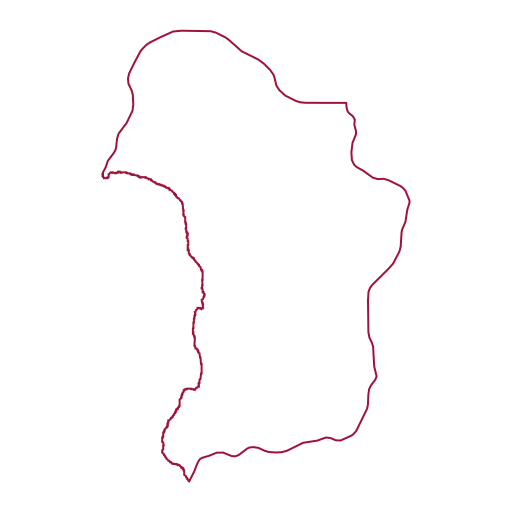 the district of Las Charcas, Azua, Dominican Republic
{"feature_id": "3306468B70810914734022", "entity_name": "Las Charcas", "entity_type": "district", "adm_level": 2, "iso_a3": "DOM", "parent_name": "Dominican Republic", "parent_adm1": "Azua", "projection": "orthographic", "projection_center": [-70.568, 18.379], "detail": "fine", "context": "isolated", "style": "outline", "palette": "rose", "viewbox_px": 512, "rotation_deg": 0, "n_neighbors": 0, "source": "geoboundaries", "source_scale": "gbopen_adm2", "svg_char_len": 6089}
<svg xmlns="http://www.w3.org/2000/svg" viewBox="0 0 512 512"><path d="M103.0,172.3L103.0,173.9L102.5,173.9L102.5,176.0L103.0,176.0L103.0,177.1L104.0,177.6L104.0,178.2L107.1,178.2L107.1,177.7L108.1,177.7L108.1,177.1L108.6,177.1L108.6,174.4L109.1,174.4L110.1,172.8L111.1,172.8L111.1,172.3L112.7,172.3L112.7,172.8L115.2,172.8L115.2,173.3L115.7,173.3L115.7,172.8L117.8,172.8L117.8,171.7L119.8,171.7L119.8,172.3L120.9,172.3L120.9,172.8L121.4,172.8L121.4,172.3L126.0,172.3L126.0,172.8L127.0,172.8L127.0,173.3L130.0,173.4L130.0,173.9L131.1,173.9L131.1,174.4L132.1,174.4L132.1,175.0L133.1,175.0L133.1,174.4L133.6,174.4L133.6,175.0L137.7,175.5L137.7,176.0L138.7,176.0L138.7,176.6L139.2,176.6L139.2,177.1L140.3,177.1L140.3,177.7L140.8,177.7L140.8,177.1L145.4,177.1L145.4,177.7L146.4,177.7L146.4,178.2L148.9,178.7L148.9,179.3L151.0,179.3L151.0,180.4L152.0,180.4L152.5,181.4L154.6,182.0L154.6,182.5L155.6,182.5L156.1,183.6L157.1,183.6L157.1,184.1L159.2,184.1L159.2,184.7L160.7,184.7L160.7,185.2L162.2,185.2L162.2,185.7L163.8,185.7L163.8,186.3L164.8,186.3L164.8,186.8L165.8,186.8L166.3,187.9L168.4,187.9L168.4,188.4L169.4,188.4L169.4,189.5L169.9,189.5L169.9,190.0L171.9,190.6L172.4,191.7L174.0,192.7L174.0,193.8L175.0,193.8L175.0,194.9L176.0,194.9L176.0,196.5L177.0,197.0L177.5,198.1L178.6,198.1L180.1,200.3L180.6,200.3L181.1,201.4L182.1,201.9L182.1,203.5L182.6,203.5L183.2,210.5L183.7,210.5L183.2,214.3L183.7,214.3L183.7,215.9L185.2,217.0L185.2,222.3L185.7,222.3L185.7,224.0L186.2,224.0L186.2,228.3L185.7,228.3L185.7,228.8L186.2,228.8L186.2,231.5L186.7,231.5L186.7,232.6L187.2,232.6L187.2,233.7L187.8,233.7L187.7,234.2L187.2,234.2L187.2,234.7L187.7,234.7L187.7,235.8L186.7,236.3L186.7,238.0L187.7,238.5L187.7,241.2L188.3,241.2L188.3,245.0L187.7,245.0L187.7,248.2L188.3,248.2L188.3,249.8L187.7,249.8L187.7,250.3L188.8,250.3L188.8,253.6L189.8,254.1L189.8,255.2L190.3,255.2L191.3,256.8L192.4,257.3L192.4,257.9L193.4,257.9L193.4,258.4L193.9,258.4L193.9,259.5L195.4,260.6L195.4,261.6L197.0,262.7L197.5,263.8L198.0,263.8L198.5,264.9L199.0,264.9L199.0,265.9L200.5,267.0L201.0,269.7L201.6,269.7L201.6,270.3L202.1,270.3L202.1,271.3L202.6,271.3L202.6,279.9L202.1,279.9L202.6,285.3L202.1,285.3L202.1,288.0L201.6,288.0L201.6,288.6L202.6,289.1L202.6,291.8L203.1,291.8L203.1,292.3L203.6,292.3L203.6,293.4L204.6,293.9L204.6,295.6L204.1,295.6L204.1,296.6L203.6,296.6L203.1,298.8L201.6,299.9L202.1,302.6L202.6,302.6L202.6,304.2L203.1,304.2L203.1,304.7L202.6,304.7L203.1,307.9L202.6,307.9L202.6,308.5L201.0,308.5L201.0,309.0L200.0,308.5L200.0,307.9L197.5,307.9L197.5,309.0L195.9,310.1L195.4,312.2L194.9,312.2L195.4,314.4L194.9,314.4L194.9,316.0L194.4,316.0L194.4,318.7L193.9,318.7L193.9,322.5L193.4,322.5L193.4,328.4L192.9,328.4L192.9,332.2L193.4,332.2L193.4,333.2L192.9,333.2L192.9,333.8L193.4,333.8L193.9,335.9L194.4,335.9L194.4,337.5L194.9,337.5L194.4,345.6L194.9,345.6L195.4,348.3L196.4,348.3L196.4,348.9L197.5,349.4L197.5,350.5L198.0,350.5L198.0,351.5L198.5,351.5L198.5,352.6L199.5,353.2L200.0,357.5L200.5,357.5L201.0,363.9L201.6,363.9L201.6,373.6L201.0,373.6L200.5,379.0L199.5,379.5L199.5,382.8L199.0,382.8L199.0,383.8L198.5,383.8L199.0,386.5L198.0,386.5L197.5,387.6L196.4,387.6L195.4,389.2L194.9,389.2L194.9,389.8L193.9,389.8L193.9,389.2L191.3,389.2L191.3,388.7L186.7,388.7L186.7,389.2L185.2,389.2L185.2,389.8L184.2,389.8L184.2,390.3L183.7,390.3L183.7,391.9L182.6,392.5L182.6,394.1L182.1,394.1L182.1,395.1L181.6,395.1L181.6,397.3L181.1,397.3L181.1,398.4L179.6,399.5L179.6,405.9L179.1,405.9L179.1,407.0L178.0,407.5L178.0,408.6L177.5,408.6L177.5,409.1L176.5,409.1L176.5,410.2L176.0,410.2L176.0,411.3L175.5,411.3L175.5,412.4L175.0,412.4L175.0,413.4L173.9,414.0L173.9,415.1L172.9,415.6L172.9,416.7L172.4,416.7L171.9,417.8L170.9,417.8L170.9,418.8L169.9,419.4L169.3,420.4L168.3,420.4L168.3,422.6L167.8,422.6L167.8,424.2L167.3,424.2L167.3,425.3L167.8,425.3L167.8,425.8L167.3,425.8L167.3,426.9L166.8,426.9L166.8,427.4L166.3,427.4L165.8,428.5L164.7,429.1L164.7,430.7L164.2,430.7L164.2,431.8L163.7,431.8L163.7,432.8L163.2,432.8L163.2,436.6L162.7,436.6L162.7,437.7L162.2,437.7L162.2,442.0L163.2,442.5L163.7,445.2L163.2,445.2L163.2,449.5L162.2,450.1L162.2,452.7L163.2,453.3L163.7,454.4L164.2,454.4L164.2,455.4L165.2,456.0L165.2,457.1L166.3,457.6L166.3,458.7L167.8,459.7L168.3,460.8L169.3,460.8L169.9,461.9L170.4,461.9L170.4,462.4L171.4,462.4L171.9,463.5L173.4,463.5L173.4,464.0L176.5,464.0L176.5,464.6L178.0,464.6L178.0,465.1L179.6,465.1L180.1,466.2L181.1,466.7L181.1,467.3L181.6,467.3L181.6,467.8L182.6,467.8L182.6,468.4L183.1,468.4L183.1,469.4L183.7,469.4L183.7,470.5L184.2,470.5L184.2,474.8L186.2,476.4L186.2,477.5L187.2,478.0L187.2,479.1L188.3,479.7L188.3,480.7L189.2,481.3L194.3,471.3L196.8,464.7L198.8,460.7L200.2,458.9L202.2,457.8L209.0,455.8L216.7,452.7L223.1,452.6L231.8,456.1L235.4,456.3L238.7,455.0L247.3,448.5L249.6,447.5L253.4,447.1L258.5,447.9L264.9,450.9L268.9,452.0L276.0,452.5L281.7,452.2L286.9,450.8L303.1,442.8L317.3,440.6L326.0,437.5L330.7,438.1L335.8,440.3L340.6,440.5L351.4,435.6L353.4,434.2L355.8,431.5L357.0,429.4L367.1,408.7L367.9,404.8L368.4,394.2L369.2,389.0L370.9,385.5L375.4,379.5L376.6,376.3L374.2,366.4L373.1,346.7L372.0,343.0L369.4,337.6L368.4,332.2L368.0,300.5L368.5,292.0L369.9,288.1L372.3,284.8L388.5,268.8L393.1,263.6L399.4,251.5L400.7,246.5L401.6,231.9L402.2,229.4L405.5,221.7L407.2,210.1L409.5,202.7L409.5,200.6L405.6,191.1L403.4,188.3L400.5,186.1L388.3,180.1L383.5,178.8L377.9,179.1L372.9,177.7L363.2,170.7L356.7,167.1L354.1,164.6L351.9,160.1L351.4,152.1L352.5,142.9L356.0,134.1L355.9,130.6L354.3,124.8L354.8,119.5L352.8,116.2L348.9,113.0L347.6,111.3L346.6,108.0L346.2,102.9L305.8,102.8L300.2,102.3L296.3,101.1L285.3,95.6L279.3,90.1L276.4,85.6L274.3,76.9L273.3,74.4L270.1,69.9L264.0,63.8L258.4,59.6L241.7,51.3L229.0,40.0L225.6,37.5L215.8,32.6L210.6,31.2L181.6,30.7L173.1,31.5L160.8,37.0L149.9,42.5L146.6,44.7L142.7,48.5L140.2,51.7L133.9,63.7L129.1,73.5L128.0,78.4L128.4,83.5L131.9,91.1L132.8,94.9L133.3,104.3L132.5,110.8L126.6,123.0L118.6,133.6L117.1,138.6L116.1,147.6L115.4,150.1L113.4,153.5L107.8,160.9L105.8,167.0L103.0,172.3Z" fill="none" stroke="#9f1239" stroke-width="2"/></svg>